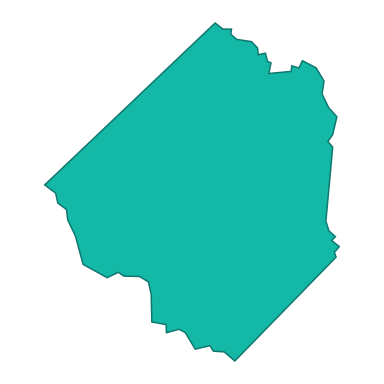 Goliad, Texas, United States of America
{"feature_id": "52423323B85181165620653", "entity_name": "Goliad", "entity_type": "district", "adm_level": 2, "iso_a3": "USA", "parent_name": "United States of America", "parent_adm1": "Texas", "projection": "equal_earth", "projection_center": [-97.401, 28.657], "detail": "fine", "context": "isolated", "style": "filled", "palette": "teal", "viewbox_px": 384, "rotation_deg": 0, "n_neighbors": 0, "source": "geoboundaries", "source_scale": "gbopen_adm2", "svg_char_len": 776}
<svg xmlns="http://www.w3.org/2000/svg" viewBox="0 0 384 384"><path d="M44.7,184.9L55.6,193.1L57.8,203.0L66.5,209.6L67.7,219.8L75.5,236.3L83.1,264.4L107.2,277.7L118.3,272.3L123.9,276.1L139.5,276.5L148.4,281.9L151.2,294.4L151.8,322.0L166.2,324.6L166.4,332.7L179.0,329.3L185.2,332.5L195.2,349.1L209.9,345.7L213.5,351.2L224.2,351.9L234.8,361.0L336.1,257.1L334.4,252.3L339.3,246.6L331.6,240.5L335.4,236.7L328.9,230.8L325.9,221.1L332.7,147.2L327.9,141.5L332.7,134.6L336.9,116.8L328.7,107.7L322.1,94.0L324.0,81.1L316.2,67.9L302.4,60.7L299.0,68.0L291.8,65.8L291.1,71.4L268.9,73.5L271.0,62.8L267.6,61.5L265.4,53.2L258.3,54.7L257.5,47.9L251.5,41.6L236.7,39.4L230.8,34.2L231.5,29.1L222.9,29.1L215.1,23.0L140.9,93.5L44.7,184.9Z" fill="#14b8a6" stroke="#0f766e" stroke-width="1.5"/></svg>